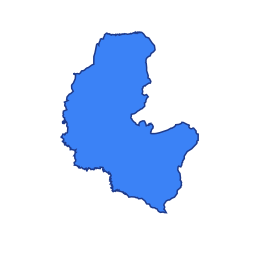 Suhum Municipal, Eastern, Ghana (Natural Earth projection), rotated 239°
{"feature_id": "2480657B2570339807900", "entity_name": "Suhum Municipal", "entity_type": "district", "adm_level": 2, "iso_a3": "GHA", "parent_name": "Ghana", "parent_adm1": "Eastern", "projection": "natural_earth1", "projection_center": [-0.399, 6.043], "detail": "fine", "context": "isolated", "style": "filled", "palette": "blue", "viewbox_px": 256, "rotation_deg": 239, "n_neighbors": 0, "source": "geoboundaries", "source_scale": "gbopen_adm2", "svg_char_len": 5783}
<svg xmlns="http://www.w3.org/2000/svg" viewBox="0 0 256 256"><g transform="rotate(239 128 128)"><path d="M154.2,65.9L153.5,66.8L152.0,66.9L151.7,67.2L150.2,66.3L150.5,65.1L150.3,64.9L147.7,65.8L147.2,66.4L147.7,66.8L147.3,67.0L147.0,66.7L147.0,65.3L145.9,65.2L145.8,66.1L144.3,66.4L143.3,66.9L143.5,67.6L143.8,67.8L143.5,68.1L142.3,68.0L140.3,68.6L139.9,67.7L139.2,67.4L139.1,68.1L138.8,68.1L138.7,68.6L136.3,70.9L136.2,72.0L135.1,70.5L134.5,70.7L134.3,70.4L133.9,70.9L133.5,69.5L132.9,69.1L132.1,67.4L131.7,68.1L129.5,66.9L128.7,66.7L128.1,67.0L126.5,66.0L126.2,65.1L126.2,64.3L125.9,63.9L124.3,63.5L123.8,62.9L123.0,64.0L122.0,64.9L121.2,65.1L120.3,66.2L119.6,65.2L119.3,65.3L119.2,65.9L118.9,65.8L118.3,66.3L118.2,67.9L116.3,68.4L116.0,68.9L114.8,69.5L114.8,69.9L115.2,70.3L115.1,71.3L114.2,71.0L113.6,71.4L113.3,70.7L112.6,70.5L112.4,70.8L113.5,72.0L113.7,72.6L113.3,73.1L113.6,73.5L113.9,73.1L114.1,73.7L112.9,74.6L112.1,74.9L111.5,74.8L110.9,76.4L110.0,77.0L109.8,77.4L110.1,77.9L110.8,78.4L110.7,79.5L110.3,79.8L109.7,79.6L109.5,80.1L109.8,80.9L109.0,81.4L107.5,83.3L107.9,83.8L108.7,84.0L107.1,86.2L106.7,86.2L105.7,85.1L105.0,84.9L104.7,85.9L104.4,85.6L104.7,84.8L103.2,84.6L102.9,86.2L100.1,87.5L100.1,88.6L99.0,87.9L98.3,87.9L98.2,88.7L98.6,89.0L98.2,89.4L97.1,88.9L96.2,89.2L95.0,87.9L95.4,87.6L95.1,87.1L94.7,87.1L93.5,86.0L93.4,86.6L93.9,87.0L93.3,87.3L91.9,85.1L91.3,85.6L91.4,86.1L90.3,86.3L90.3,85.5L90.0,85.5L89.2,84.2L89.0,84.8L88.1,85.1L88.1,84.7L87.3,84.2L86.9,84.6L86.7,84.2L85.9,84.8L85.1,84.3L85.5,82.6L85.1,82.6L84.6,83.4L84.4,83.2L84.1,83.6L83.2,83.3L82.7,82.5L81.9,82.6L82.0,82.3L81.4,82.4L81.4,82.7L81.1,82.7L81.1,83.8L80.3,84.5L80.7,85.0L80.6,85.4L80.9,85.5L80.7,86.3L81.2,86.4L80.8,86.5L80.8,86.9L80.5,86.9L80.3,86.3L80.1,86.6L79.6,86.3L79.3,87.1L79.8,87.1L79.7,87.5L79.2,87.6L79.5,87.8L79.5,88.2L78.8,87.8L75.9,90.3L75.9,90.6L75.3,90.5L75.0,91.1L74.4,91.2L74.1,90.8L73.6,91.5L72.8,91.3L72.3,91.9L72.6,92.2L72.2,92.4L72.4,92.5L69.4,93.2L68.3,93.1L67.3,95.5L65.3,98.3L64.0,99.1L63.6,100.2L61.9,100.6L60.5,103.6L56.6,105.0L53.4,104.9L51.6,107.2L48.9,106.8L47.2,107.9L45.9,109.8L44.6,110.3L43.8,111.2L40.9,111.2L39.0,112.3L37.8,115.0L36.9,115.5L35.7,117.2L39.3,117.3L40.0,117.0L41.0,118.5L42.0,118.9L43.3,118.9L44.1,119.6L45.8,123.4L45.5,125.6L44.9,126.6L45.2,129.4L44.8,132.3L46.6,136.5L48.0,137.2L49.2,138.3L49.9,142.4L50.1,142.9L50.9,143.2L51.2,144.2L53.5,145.4L53.8,145.9L54.6,145.8L55.0,146.1L56.4,145.9L58.2,147.3L62.3,149.1L64.4,148.9L66.5,149.1L68.8,150.8L69.2,151.8L67.5,153.2L68.5,154.9L70.4,156.4L70.5,157.1L71.7,157.9L71.9,158.8L72.6,159.6L72.6,160.4L74.9,161.7L77.3,166.6L77.4,171.9L79.3,178.9L79.9,179.2L79.9,179.6L81.0,180.0L81.4,180.8L81.2,181.7L86.6,185.0L87.4,184.1L88.1,184.0L89.1,184.0L90.3,184.8L94.1,184.2L94.5,183.7L94.5,182.3L95.1,181.4L96.1,180.8L97.3,180.7L98.1,181.1L98.8,181.9L99.2,181.8L100.5,180.6L104.2,178.3L105.1,177.1L104.5,176.4L104.6,175.0L104.9,173.4L106.2,170.6L105.9,170.4L105.2,168.7L105.2,165.3L105.7,164.9L105.8,161.0L107.7,152.6L108.8,149.3L109.7,147.5L111.3,144.9L112.1,144.8L112.4,145.3L113.2,145.6L113.4,146.4L114.4,147.1L115.2,149.6L116.1,149.9L116.4,150.4L118.6,150.5L119.6,149.6L120.2,150.0L120.8,148.4L120.7,148.0L120.5,147.5L119.8,147.8L119.6,147.1L120.5,145.7L120.5,144.8L122.6,145.4L125.5,145.7L126.5,144.4L127.0,141.8L126.6,140.4L125.5,139.1L124.6,138.7L126.2,137.4L127.4,136.8L128.5,137.0L130.2,136.2L132.8,135.7L133.6,136.0L134.6,135.6L135.5,135.8L136.3,136.8L138.0,137.9L137.0,141.0L137.1,143.1L137.5,144.6L137.4,147.3L137.7,148.2L137.3,149.8L138.1,153.6L141.0,155.0L140.9,155.9L141.3,156.8L142.5,157.6L143.9,159.5L144.3,161.4L147.1,161.1L147.6,158.7L150.1,157.7L151.5,159.3L154.2,160.3L154.7,161.6L155.5,162.0L155.8,164.0L155.2,164.4L155.6,165.7L155.7,168.9L155.0,170.3L156.2,171.6L159.1,171.8L160.6,170.9L162.5,172.3L167.6,173.5L170.2,175.1L174.2,177.0L174.9,176.8L175.4,177.5L176.7,178.2L177.9,179.3L178.5,180.7L178.7,182.8L178.4,184.2L180.0,186.1L180.2,189.1L181.0,191.4L185.1,193.1L188.8,192.4L194.4,192.2L196.9,190.1L200.6,189.8L202.9,189.0L203.3,188.5L203.6,187.4L204.2,187.5L204.3,186.6L204.7,186.4L204.4,185.5L204.8,185.6L204.8,185.2L205.3,185.2L205.0,184.1L205.9,184.0L205.7,183.2L206.4,183.3L206.1,182.6L206.7,181.9L207.1,179.2L207.7,178.9L207.6,178.4L208.6,175.8L209.7,174.8L210.3,173.8L210.4,173.2L210.7,173.2L210.7,172.6L211.3,172.1L211.2,171.6L211.7,170.9L211.5,170.6L212.3,169.6L211.9,169.2L212.0,168.8L212.8,169.0L212.8,168.4L213.2,167.9L212.9,167.8L214.0,166.9L213.7,165.3L214.5,165.4L214.4,165.1L216.2,162.7L216.3,161.6L216.9,161.5L217.1,161.0L218.0,160.8L217.9,160.4L218.7,160.0L218.7,159.6L219.2,159.0L220.2,158.8L220.3,158.1L219.9,155.8L218.9,155.2L218.1,153.5L217.1,152.9L217.6,151.6L218.3,151.1L218.3,150.0L217.4,149.3L216.0,147.2L215.5,146.9L215.2,146.3L214.3,145.7L215.4,145.7L215.8,145.4L216.0,145.1L215.7,144.1L209.5,138.5L206.9,135.6L200.3,131.5L200.6,129.5L200.2,124.9L200.6,124.0L200.5,122.3L200.0,120.6L200.2,118.9L200.8,118.0L200.6,117.0L199.8,115.8L199.5,114.0L200.7,112.7L201.6,110.4L202.3,110.2L202.5,109.5L202.1,109.3L200.7,110.3L200.3,110.3L197.3,108.1L194.6,104.2L194.0,102.2L193.3,101.4L190.8,100.1L187.7,100.0L187.0,96.8L187.2,95.1L186.0,91.7L183.9,90.0L182.5,90.7L182.9,86.8L181.4,86.8L180.7,86.0L179.5,85.2L178.7,85.7L176.8,85.1L175.2,85.0L175.7,81.3L173.8,79.8L172.7,79.6L172.1,78.6L171.5,78.4L170.3,78.2L169.3,78.9L167.7,77.7L167.0,78.3L166.0,77.7L165.8,77.2L166.0,76.7L167.2,76.4L167.3,75.9L167.1,75.2L166.1,74.6L165.6,74.5L165.3,74.9L165.9,74.9L165.9,75.4L165.1,75.2L164.8,75.5L164.9,77.4L165.4,78.2L164.7,78.4L162.8,77.9L161.9,76.9L160.6,76.4L159.8,77.0L155.4,73.8L155.2,73.2L155.8,71.8L155.5,71.1L154.8,70.8L154.7,70.3L155.5,70.1L156.3,69.0L155.0,67.5L155.1,66.8L154.7,66.0L154.2,65.9Z" fill="#3b82f6" stroke="#1e3a8a" stroke-width="1.5"/></g></svg>